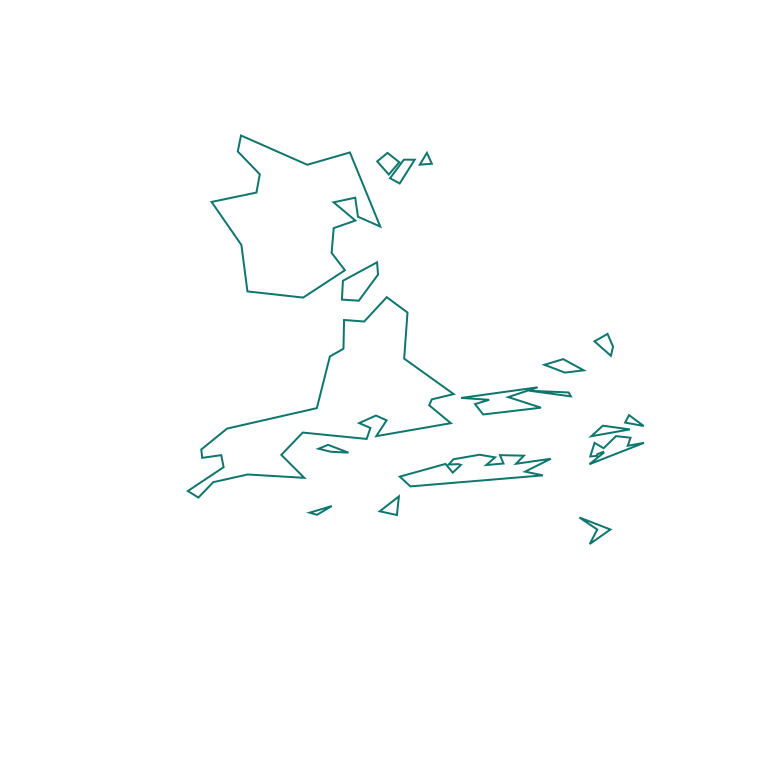 outline of Lingga, Kepulauan Riau, Indonesia, rotated 129°
{"feature_id": "22746128B41866695352092", "entity_name": "Lingga", "entity_type": "district", "adm_level": 2, "iso_a3": "IDN", "parent_name": "Indonesia", "parent_adm1": "Kepulauan Riau", "projection": "orthographic", "projection_center": [104.45, -0.394], "detail": "medium", "context": "isolated", "style": "outline", "palette": "teal", "viewbox_px": 768, "rotation_deg": 129, "n_neighbors": 0, "source": "geoboundaries", "source_scale": "gbopen_adm2", "svg_char_len": 1983}
<svg xmlns="http://www.w3.org/2000/svg" viewBox="0 0 768 768"><g transform="rotate(129 384 384)"><path d="M429.4,357.2L372.4,307.4L372.1,335.5L365.9,337.2L348.0,323.5L351.6,384.3L313.7,410.7L314.8,436.5L347.9,438.7L359.4,455.3L382.1,437.7L396.6,443.4L445.0,421.0L517.4,477.9L549.9,484.8L555.8,478.8L541.7,465.7L549.6,456.3L590.6,469.1L589.1,456.8L567.7,454.9L540.1,433.0L507.1,386.9L503.7,419.2L472.9,416.6L437.6,362.9L426.7,366.9L430.0,378.7L413.6,370.4L410.6,359.1L429.4,357.2ZM367.7,501.2L320.2,486.0L315.1,507.2L294.5,521.2L275.0,509.1L274.5,537.5L257.3,523.6L270.4,509.5L264.0,486.0L225.5,556.2L261.9,581.6L280.9,651.5L295.3,644.0L299.2,612.5L315.5,603.6L351.0,632.6L365.7,582.3L398.0,548.4L367.7,501.2ZM447.0,299.1L355.0,203.0L363.3,219.2L337.1,207.3L362.9,231.2L351.7,230.2L366.3,249.1L370.6,241.1L382.6,253.5L371.1,251.5L378.8,265.2L398.7,282.6L405.9,283.1L399.4,275.7L398.5,273.3L409.6,274.8L407.4,285.9L446.0,313.4L447.0,299.1ZM303.6,247.1L316.0,279.2L289.9,262.5L346.3,315.3L330.1,292.3L342.3,300.6L345.3,287.8L303.6,247.1ZM317.1,173.9L266.1,144.9L278.6,155.7L270.6,158.6L278.5,170.9L295.7,172.9L297.2,183.3L310.5,178.1L305.7,173.1L304.5,174.1L298.9,171.0L299.3,170.0L317.1,173.9ZM335.1,456.0L302.7,457.5L293.8,466.0L329.6,480.9L344.9,469.8L335.1,456.0ZM294.1,190.0L264.5,164.3L278.7,187.7L294.1,190.0ZM268.1,271.4L261.3,250.6L247.7,237.4L251.9,260.4L268.1,271.4ZM218.3,498.0L190.4,501.3L197.1,509.7L220.3,508.8L218.3,498.0ZM219.3,225.4L210.8,229.5L204.4,241.8L218.4,247.3L219.3,225.4ZM202.0,511.7L202.2,526.7L215.3,529.4L218.2,512.1L202.0,511.7ZM378.9,123.4L354.6,116.5L364.8,148.1L362.9,126.7L378.9,123.4ZM298.0,267.2L276.0,231.0L274.4,235.2L298.0,267.2ZM485.6,307.2L477.7,291.5L462.0,301.7L485.6,307.2ZM527.8,353.7L511.7,347.8L530.8,360.8L527.8,353.7ZM191.0,494.2L182.7,485.4L177.4,496.1L191.0,494.2ZM262.2,172.3L253.2,155.7L254.0,174.0L262.2,172.3ZM475.5,394.1L470.0,382.5L459.7,368.4L466.5,389.2L475.5,394.1Z" fill="none" stroke="#0f766e" stroke-width="2"/></g></svg>